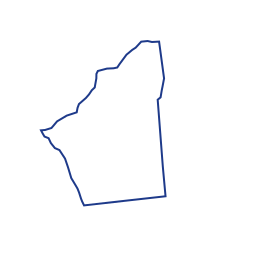 the district of Timbaúba dos Batistas, Rio Grande do Norte, Brazil, rotated 215°
{"feature_id": "56859067B13745413884516", "entity_name": "Timbaúba dos Batistas", "entity_type": "district", "adm_level": 2, "iso_a3": "BRA", "parent_name": "Brazil", "parent_adm1": "Rio Grande do Norte", "projection": "mercator", "projection_center": [-37.223, -6.487], "detail": "fine", "context": "isolated", "style": "outline", "palette": "blue", "viewbox_px": 256, "rotation_deg": 215, "n_neighbors": 0, "source": "geoboundaries", "source_scale": "gbopen_adm2", "svg_char_len": 741}
<svg xmlns="http://www.w3.org/2000/svg" viewBox="0 0 256 256"><g transform="rotate(215 128 128)"><path d="M197.9,76.2L194.8,74.6L191.5,73.1L187.2,74.1L182.5,71.4L176.4,69.6L171.5,70.6L162.0,66.8L154.6,61.4L145.7,54.4L138.5,51.2L134.6,49.4L131.1,47.1L126.1,43.3L123.4,41.5L119.6,39.4L89.8,65.7L58.1,93.6L77.3,116.3L119.9,168.2L118.9,171.8L122.0,178.3L123.6,182.0L126.9,189.3L152.1,216.6L157.7,212.2L161.8,210.5L166.7,206.3L167.8,198.2L169.3,194.5L171.3,187.2L171.6,175.4L171.5,171.4L174.0,168.7L179.3,164.6L185.4,157.4L184.9,154.2L182.4,150.5L178.5,142.1L179.3,138.2L179.2,133.1L179.7,128.4L181.9,119.5L180.9,115.6L179.0,111.4L185.3,103.0L189.9,92.8L190.7,84.1L194.8,78.8L197.9,76.2Z" fill="none" stroke="#1e3a8a" stroke-width="2"/></g></svg>